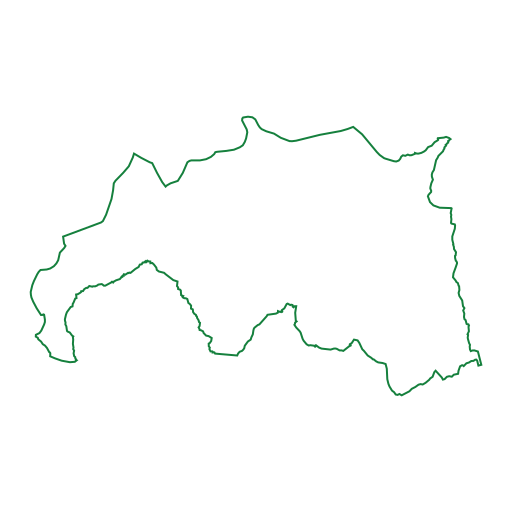 Biblian, Cañar, Ecuador
{"feature_id": "8360857B93443037342113", "entity_name": "Biblian", "entity_type": "district", "adm_level": 2, "iso_a3": "ECU", "parent_name": "Ecuador", "parent_adm1": "Cañar", "projection": "albers", "projection_center": [-78.972, -2.675], "detail": "fine", "context": "isolated", "style": "outline", "palette": "green", "viewbox_px": 512, "rotation_deg": 0, "n_neighbors": 0, "source": "geoboundaries", "source_scale": "gbopen_adm2", "svg_char_len": 6036}
<svg xmlns="http://www.w3.org/2000/svg" viewBox="0 0 512 512"><path d="M451.6,208.4L451.2,208.1L439.7,207.7L433.4,205.4L430.0,202.1L427.9,196.3L428.6,194.7L431.1,192.0L431.2,190.8L430.3,188.5L430.4,187.1L431.3,183.3L432.9,179.7L431.9,176.7L431.8,174.6L432.4,172.4L433.9,170.0L436.1,160.2L437.7,157.6L438.4,155.9L443.0,151.3L443.7,149.5L444.4,148.6L444.4,147.4L445.9,145.8L445.7,144.9L446.4,144.7L446.7,143.7L448.2,142.6L448.1,141.1L448.8,140.9L449.2,140.1L450.5,139.1L449.1,138.0L446.1,136.9L443.8,137.6L437.8,138.2L437.7,138.5L438.2,139.8L437.9,140.2L434.6,142.2L431.7,145.7L428.1,147.1L425.7,150.3L423.9,151.6L421.3,152.9L418.5,153.6L416.9,153.6L415.1,153.0L415.2,153.7L411.5,155.2L409.7,155.3L407.8,154.6L405.3,155.8L402.9,155.3L401.2,156.7L400.2,158.9L398.7,160.6L396.2,161.5L393.9,161.2L385.3,158.6L384.0,158.1L379.7,155.0L376.8,152.0L362.1,134.3L353.2,126.9L347.6,129.0L340.8,131.0L320.0,134.8L296.1,140.7L292.1,141.2L289.5,141.1L280.8,137.8L274.0,133.6L266.3,131.3L261.6,129.1L259.8,127.4L258.2,125.0L255.3,119.4L252.4,117.3L248.0,116.7L243.1,117.5L242.3,118.5L242.1,120.5L246.7,129.4L247.3,132.3L246.1,138.4L244.8,141.9L242.8,145.3L239.8,147.3L234.0,149.7L226.4,150.9L217.0,151.8L215.3,152.2L214.2,154.1L210.9,156.9L206.1,159.2L199.9,160.4L191.4,160.4L189.5,160.9L187.4,162.3L182.8,172.9L177.8,180.9L170.6,183.3L166.9,185.4L165.6,186.6L162.2,182.1L157.0,172.8L152.2,163.1L149.8,162.3L141.3,157.9L134.0,153.6L132.8,157.5L128.8,166.3L123.1,172.9L115.5,180.7L113.8,183.3L113.1,190.2L111.5,199.0L106.1,214.7L102.9,221.1L101.0,222.5L63.1,236.6L64.1,243.7L65.5,245.9L64.2,248.0L59.9,252.6L58.2,260.2L56.4,263.4L53.9,266.2L50.2,268.5L46.7,269.5L40.5,270.0L38.7,271.9L37.2,274.3L33.9,281.1L32.3,285.2L30.7,292.0L30.9,294.8L31.4,297.4L33.2,301.7L36.7,308.3L41.0,315.0L42.9,314.9L43.3,314.4L44.1,314.7L44.9,319.6L44.9,322.0L44.1,324.5L41.3,330.6L39.4,333.1L35.9,334.8L35.8,336.6L37.8,337.8L38.3,339.3L41.1,341.6L42.8,344.2L45.0,345.6L47.0,348.0L49.2,352.1L49.8,352.4L50.3,353.2L50.2,356.3L55.1,358.4L61.7,360.7L69.9,362.2L74.8,361.8L76.7,360.3L75.9,359.8L76.0,359.2L75.4,358.6L75.2,357.1L74.2,356.2L73.6,353.3L74.1,350.6L73.2,349.1L73.5,347.6L72.9,343.9L73.2,339.5L72.9,337.1L73.3,336.4L72.1,335.6L69.8,332.5L67.5,331.5L67.0,330.9L66.3,326.2L65.4,324.5L65.5,322.3L65.0,320.8L64.9,319.3L66.0,314.6L66.9,312.2L70.7,307.0L72.5,306.4L72.8,303.7L73.5,302.7L75.2,298.6L76.5,298.1L76.1,294.5L77.8,294.2L80.1,292.8L81.0,292.1L81.2,291.2L83.0,291.1L84.3,289.1L86.2,287.9L87.5,287.9L89.3,286.0L92.3,286.7L93.0,286.3L95.3,286.3L97.2,285.5L98.3,284.6L101.5,284.1L102.2,284.3L103.9,285.7L105.2,285.7L111.7,282.2L111.8,281.8L113.1,281.8L113.3,282.3L114.0,281.5L116.1,280.3L119.8,279.1L121.0,277.7L122.6,276.7L122.8,276.1L122.4,276.0L123.0,275.5L123.7,275.6L123.6,274.6L123.9,274.2L125.3,274.7L128.0,272.9L128.7,273.1L129.3,272.6L130.5,272.9L135.4,268.9L138.6,267.0L139.8,264.6L141.7,264.3L142.6,262.6L143.6,262.6L145.0,261.6L145.0,262.3L146.2,262.3L146.8,261.8L147.0,260.8L147.4,260.6L148.5,261.4L150.3,261.5L150.4,263.2L152.3,263.0L153.9,264.5L156.3,267.6L156.8,269.9L158.9,271.5L164.1,272.8L165.6,274.2L173.3,280.1L177.5,281.5L177.0,286.1L178.1,287.4L178.1,289.0L180.1,289.7L180.8,290.5L181.1,295.1L183.1,296.0L182.4,296.7L182.8,297.4L184.3,298.2L185.9,298.3L187.3,299.0L188.4,303.0L189.7,303.9L191.1,305.6L191.0,308.6L192.8,309.4L193.1,312.1L194.4,313.9L195.9,314.8L196.1,315.9L196.9,316.5L197.1,317.9L198.6,320.3L199.0,322.0L200.0,322.8L199.6,326.0L198.6,327.4L199.4,328.8L199.6,330.0L201.1,330.3L203.1,331.4L203.6,333.0L206.1,335.6L208.6,336.1L211.7,338.0L211.2,341.0L209.8,343.0L208.7,343.6L208.8,346.3L209.8,347.6L209.4,349.1L210.5,351.4L212.4,351.4L212.8,351.8L212.7,352.5L214.4,352.4L215.1,353.6L237.2,355.5L238.1,353.5L239.6,351.8L242.0,350.9L243.3,349.6L244.2,348.3L244.8,345.7L247.9,341.5L250.7,339.6L251.4,337.3L252.8,334.4L253.4,330.4L253.9,328.6L254.5,327.7L257.7,325.1L259.4,324.4L266.7,316.2L267.5,314.8L276.0,313.6L277.9,312.6L278.0,311.1L280.2,312.0L281.3,311.3L281.8,312.0L282.2,311.8L282.3,311.4L281.7,310.6L281.9,310.1L284.3,308.4L286.7,304.0L287.7,303.6L290.3,305.1L291.1,304.7L292.5,305.0L293.2,306.3L292.8,306.7L293.5,307.3L294.7,306.2L296.2,306.2L295.2,312.8L295.8,320.7L296.6,321.4L295.1,322.6L295.0,323.7L294.4,324.8L296.2,327.5L299.6,331.1L300.6,332.6L302.6,338.8L303.6,340.7L306.6,344.3L308.7,345.5L310.3,345.2L314.0,345.7L315.1,346.7L315.4,346.5L315.4,345.5L315.9,345.2L319.1,347.6L321.6,348.6L330.6,349.6L333.8,348.6L335.3,348.5L336.7,348.8L339.6,350.4L341.6,350.4L343.3,350.9L349.0,346.4L350.7,345.5L350.6,344.9L349.0,344.3L349.9,344.3L351.8,343.0L354.0,339.6L357.6,340.4L359.3,342.9L362.3,349.3L363.8,350.7L367.7,355.5L371.4,357.9L372.8,359.3L373.6,359.3L376.2,361.4L378.2,362.4L382.5,363.0L385.6,364.0L386.8,368.7L387.3,379.2L388.4,383.8L389.5,386.5L392.0,390.6L394.1,392.2L395.7,394.5L397.6,394.9L399.4,394.0L401.7,395.3L409.4,391.3L411.8,388.8L415.3,387.0L418.5,384.7L420.6,384.1L422.7,384.5L425.6,382.8L429.3,379.7L430.1,378.5L432.6,376.8L434.3,372.2L435.6,370.7L441.8,377.5L442.9,379.6L444.6,379.1L446.9,376.8L449.2,376.2L451.8,376.7L453.8,374.7L458.1,373.8L458.5,370.8L460.1,366.3L462.1,365.2L462.9,365.4L463.7,366.1L466.4,363.3L469.0,362.5L471.3,361.0L473.4,360.9L475.2,359.7L476.3,359.6L477.2,360.7L478.4,365.6L481.3,364.8L477.9,351.5L474.3,350.4L472.4,350.5L470.8,351.1L470.0,349.5L469.7,346.4L470.0,344.9L469.1,343.1L468.0,339.2L467.7,337.7L468.1,334.9L467.5,334.3L468.9,331.3L468.5,326.8L469.0,325.5L468.4,324.3L467.4,324.3L466.6,323.9L465.6,320.1L464.5,319.2L464.0,317.0L464.3,313.5L463.2,310.5L464.4,308.1L463.0,306.2L462.2,300.5L459.3,295.9L458.6,292.9L459.4,290.0L459.1,286.2L458.6,285.7L457.9,283.1L456.3,281.9L455.7,280.6L453.0,277.3L453.5,273.3L455.6,267.6L457.0,263.5L457.0,262.6L456.5,261.4L455.8,260.7L455.1,258.0L455.0,255.9L455.6,255.4L456.0,252.2L454.0,249.0L453.9,246.9L453.1,244.6L453.4,244.2L452.3,239.8L452.3,236.4L454.8,228.8L455.1,225.4L454.8,224.4L451.5,223.6L451.0,222.9L451.4,219.2L451.0,216.7L451.3,214.9L450.7,213.1L451.6,208.4Z" fill="none" stroke="#15803d" stroke-width="2"/></svg>